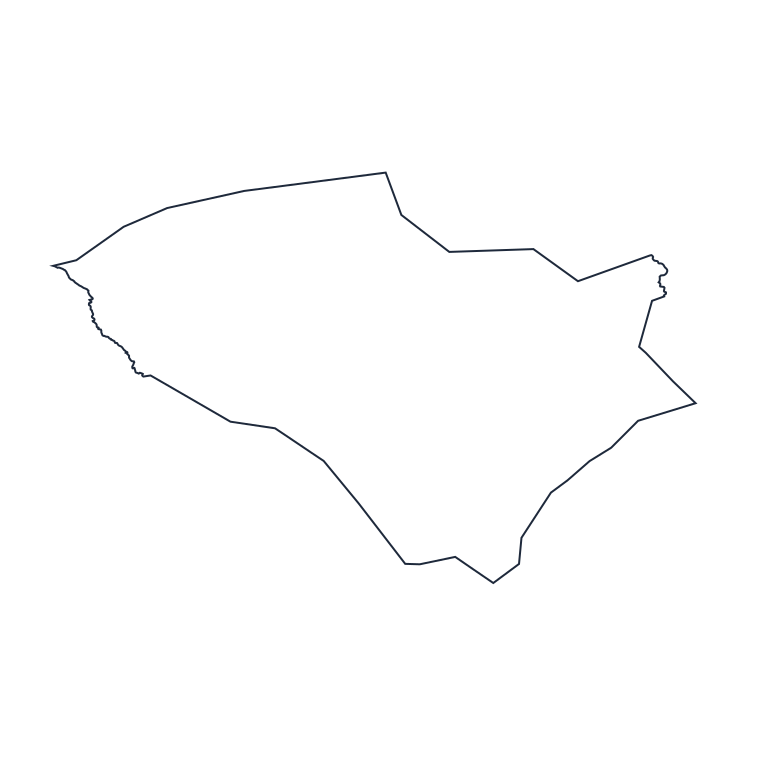 Xashaat, Arhangay, Mongolia (Natural Earth projection), rotated 169°
{"feature_id": "93677404B90881349720721", "entity_name": "Xashaat", "entity_type": "district", "adm_level": 2, "iso_a3": "MNG", "parent_name": "Mongolia", "parent_adm1": "Arhangay", "projection": "natural_earth1", "projection_center": [103.458, 47.476], "detail": "fine", "context": "isolated", "style": "outline", "palette": "slate", "viewbox_px": 768, "rotation_deg": 169, "n_neighbors": 0, "source": "geoboundaries", "source_scale": "gbopen_adm2", "svg_char_len": 4688}
<svg xmlns="http://www.w3.org/2000/svg" viewBox="0 0 768 768"><g transform="rotate(169 384 384)"><path d="M686.2,563.1L684.6,562.3L683.6,561.5L683.3,561.2L682.7,560.8L682.3,560.4L681.8,560.5L681.0,560.3L680.4,560.1L679.4,559.5L677.2,558.1L676.5,557.3L675.6,556.8L675.1,555.9L674.7,555.4L674.5,554.9L674.2,554.0L674.1,553.2L673.8,552.4L673.5,551.4L673.3,550.9L673.1,550.3L673.0,549.6L673.0,549.1L672.9,548.8L672.7,548.3L672.5,547.9L672.3,547.6L672.0,547.3L671.8,546.9L671.5,546.5L671.1,546.1L670.5,545.8L670.1,545.5L669.7,545.3L669.3,544.8L669.0,544.4L668.6,544.1L668.4,543.8L668.3,543.6L668.3,543.2L667.6,542.3L667.1,541.8L666.7,541.5L666.5,541.2L666.0,540.7L665.3,540.0L664.8,539.5L664.4,538.9L663.4,538.2L662.8,537.8L661.7,536.8L660.8,535.9L660.2,535.4L659.3,534.9L658.7,534.5L658.0,534.0L657.4,533.6L657.2,533.3L657.1,532.9L656.8,532.5L656.4,532.2L656.3,531.9L656.5,531.5L656.8,530.7L656.8,530.1L656.7,529.7L656.5,529.3L656.4,528.8L656.3,528.1L656.0,527.4L655.7,527.0L655.4,526.4L654.8,525.5L654.3,524.8L653.9,524.4L653.6,523.7L653.7,523.2L654.3,522.8L655.6,522.8L657.1,522.7L656.8,522.0L656.2,521.6L655.9,521.2L655.7,520.9L655.6,520.5L655.7,520.1L656.1,519.9L656.9,519.7L657.7,519.7L658.1,519.6L658.3,519.1L658.4,518.8L658.5,518.5L658.5,518.0L658.4,517.6L658.1,517.4L657.8,517.2L657.6,516.9L657.3,516.5L657.2,516.1L657.2,515.4L657.5,514.6L657.6,513.9L657.7,513.3L657.7,513.0L657.4,512.7L657.1,512.4L656.8,512.1L656.7,511.8L656.8,511.2L656.8,510.7L656.6,510.1L656.5,509.4L656.2,508.2L656.3,507.7L656.5,507.3L657.2,506.7L657.7,506.2L657.9,505.8L657.9,505.5L657.7,505.1L657.3,504.5L656.9,504.1L656.3,503.7L656.0,503.4L655.9,503.0L655.9,502.4L656.1,502.1L656.3,501.8L656.8,501.5L657.9,501.4L657.9,501.1L657.7,500.7L657.2,500.3L656.5,499.8L656.1,499.3L655.6,498.7L655.2,498.1L655.0,497.7L654.9,497.4L654.8,496.9L654.8,496.5L655.0,495.7L655.0,494.9L654.7,494.4L654.3,494.2L653.9,494.0L653.5,493.9L653.4,493.7L653.4,493.2L653.6,493.1L654.0,492.9L654.0,492.6L653.9,492.4L653.6,492.3L653.2,492.1L651.5,491.4L651.3,490.3L651.6,489.0L651.6,488.2L651.3,487.1L651.2,486.1L651.0,485.4L650.1,484.7L649.3,484.6L648.9,484.3L648.5,483.9L647.9,483.6L647.2,483.3L646.6,483.2L646.1,483.0L645.8,482.8L645.5,482.5L645.4,482.0L645.1,481.5L644.8,481.1L644.5,480.8L644.1,480.6L643.7,480.5L643.5,480.4L643.4,479.9L643.3,479.4L642.8,479.2L642.4,479.1L642.1,478.8L641.8,478.4L641.3,478.1L641.0,478.0L640.7,477.7L640.4,477.3L640.4,476.9L640.3,476.4L640.2,475.9L640.0,475.6L639.3,475.5L638.6,475.3L638.1,475.0L637.9,474.3L637.7,473.6L637.4,473.0L637.0,472.5L636.6,472.1L636.1,471.8L635.6,471.5L634.8,470.9L634.3,470.3L634.1,470.0L634.0,469.8L633.9,469.5L633.4,468.6L633.1,467.8L632.7,467.0L632.4,466.7L631.9,466.2L631.6,465.8L631.3,465.4L631.2,465.2L631.1,464.9L631.2,464.6L631.4,464.4L631.6,464.3L631.7,463.9L631.2,463.8L630.7,464.1L630.3,464.4L630.0,464.3L629.9,464.1L629.9,463.7L630.1,462.9L630.3,462.4L629.9,461.9L629.4,461.2L629.1,460.9L628.9,460.4L628.9,460.0L629.2,459.1L629.2,458.4L629.0,457.9L628.6,456.9L628.2,455.9L627.5,454.9L627.1,454.5L626.6,454.3L626.1,454.2L625.6,454.0L625.2,453.9L625.1,453.6L625.0,453.0L625.4,452.6L625.7,452.0L626.5,450.7L627.2,449.8L627.7,449.3L627.9,448.7L627.9,448.0L627.9,447.6L627.8,447.4L627.5,447.3L627.1,447.3L626.5,447.5L626.1,447.5L625.9,447.3L625.8,446.9L625.8,445.7L625.6,444.7L625.7,444.1L625.6,443.1L625.3,442.6L625.1,442.4L624.6,442.2L624.1,442.0L623.7,441.7L623.2,441.4L623.0,441.1L622.7,441.1L622.4,441.1L622.1,441.4L621.7,441.6L621.3,441.5L620.9,441.3L620.4,441.0L619.8,440.6L619.1,440.2L618.8,439.9L619.0,439.6L619.4,439.2L619.7,438.7L619.7,438.4L619.4,437.9L619.1,437.5L618.7,437.2L613.4,437.0L611.5,436.9L541.9,376.3L499.4,361.3L479.7,341.7L468.7,330.7L457.9,320.0L431.6,271.5L397.5,203.4L383.3,200.2L347.1,200.7L331.4,184.7L323.3,176.5L314.7,167.8L285.8,181.6L278.4,206.8L240.8,245.6L240.3,245.8L222.1,254.5L221.6,254.8L196.9,269.1L173.4,278.0L173.0,278.2L141.6,299.4L81.8,305.7L99.2,330.6L99.7,331.3L121.1,364.7L126.5,371.8L105.0,414.5L92.3,416.5L92.5,417.2L92.0,417.8L90.0,418.8L89.7,420.1L91.3,421.2L91.5,421.8L90.3,424.9L90.8,425.9L94.2,427.0L94.4,427.6L93.8,428.7L93.7,430.0L95.0,431.4L94.0,432.2L93.3,434.0L92.9,436.8L91.4,437.7L88.6,437.4L87.5,437.7L86.6,438.1L85.4,439.1L84.5,440.5L84.3,441.2L84.3,442.2L84.9,443.5L85.9,444.8L86.4,446.0L86.9,447.5L87.9,448.8L89.3,449.6L90.8,449.8L91.5,450.2L91.7,451.4L91.9,452.1L92.5,452.6L94.9,453.4L95.4,453.9L95.8,454.6L96.3,455.6L96.2,456.3L96.0,456.7L95.6,457.3L95.8,458.1L96.3,458.9L97.0,459.5L98.7,459.4L174.0,447.9L211.3,487.6L211.5,487.9L294.7,501.2L334.7,546.6L342.0,591.2L484.5,600.2L528.9,599.0L563.3,598.1L609.6,588.0L662.4,564.2L686.2,563.1Z" fill="none" stroke="#1e293b" stroke-width="2"/></g></svg>